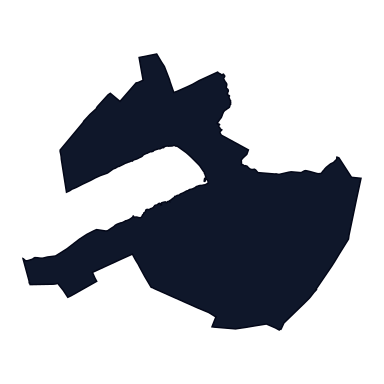 outline of Balvi, Balvu, Latvia
{"feature_id": "27541924B17148947944972", "entity_name": "Balvi", "entity_type": "district", "adm_level": 2, "iso_a3": "LVA", "parent_name": "Latvia", "parent_adm1": "Balvu", "projection": "orthographic", "projection_center": [27.257, 57.133], "detail": "fine", "context": "isolated", "style": "filled", "palette": "ink", "viewbox_px": 384, "rotation_deg": 0, "n_neighbors": 0, "source": "geoboundaries", "source_scale": "gbopen_adm2", "svg_char_len": 5936}
<svg xmlns="http://www.w3.org/2000/svg" viewBox="0 0 384 384"><path d="M23.0,258.6L29.1,281.0L29.2,282.8L29.6,282.8L30.1,284.6L53.4,284.2L55.9,283.9L57.8,283.3L58.4,284.2L63.3,290.4L67.8,297.3L71.2,295.7L96.7,281.3L95.0,278.2L92.4,272.4L122.4,258.6L132.4,254.1L134.2,257.5L135.0,259.0L135.8,260.4L138.3,264.4L139.5,266.8L144.7,276.4L151.1,287.2L151.8,287.5L152.4,287.6L153.0,287.9L154.3,288.6L198.3,308.2L208.7,312.5L215.5,316.7L216.0,316.9L215.6,317.7L214.0,321.7L212.0,326.8L214.2,327.1L235.7,328.9L236.7,328.7L246.3,327.3L255.1,325.8L266.4,324.0L275.4,327.9L279.2,330.0L279.8,329.0L280.8,329.4L281.2,328.9L283.9,323.0L304.1,303.4L309.3,298.2L310.5,296.8L313.8,292.5L316.5,289.6L316.1,289.1L331.9,265.9L335.0,261.0L339.2,254.0L348.5,239.1L349.0,235.2L356.5,199.2L361.0,178.3L351.5,177.3L338.9,157.8L336.9,157.1L336.8,157.4L336.8,158.4L336.7,159.0L336.4,159.5L336.1,159.9L334.6,161.3L333.6,162.4L333.1,162.7L330.9,163.7L330.0,164.3L326.3,167.3L324.7,169.0L324.0,169.9L323.7,170.6L323.1,170.9L322.8,171.2L321.4,173.3L319.6,173.6L318.4,173.7L317.0,173.5L310.2,171.6L307.7,171.0L305.6,170.6L304.6,170.8L303.7,171.2L301.8,172.3L301.3,172.5L300.7,172.6L291.2,171.8L288.7,172.2L279.1,174.4L278.2,174.3L276.4,173.9L275.6,173.9L274.9,174.0L257.9,172.6L255.6,169.9L254.4,169.2L252.7,169.5L250.9,169.4L249.6,168.7L248.2,167.5L247.2,166.3L246.5,166.0L245.0,165.6L244.4,165.9L243.8,165.6L243.1,164.9L242.7,164.6L242.1,164.6L241.4,164.8L241.5,163.4L241.3,159.9L243.1,157.8L246.8,154.4L248.4,149.9L221.4,135.2L220.7,134.2L220.0,132.7L220.0,132.0L220.4,131.2L221.1,130.7L221.8,129.9L221.0,129.4L220.0,128.5L219.7,127.6L218.7,126.6L218.7,126.0L218.7,125.7L218.9,125.3L219.6,124.7L219.4,124.3L218.6,123.9L217.5,124.0L217.3,123.7L217.2,123.2L217.4,122.8L217.8,122.3L218.8,120.9L219.5,119.8L221.3,117.5L222.1,115.5L222.6,114.0L223.7,111.6L225.1,110.2L226.3,109.5L227.4,108.6L228.3,108.1L229.1,107.5L229.5,107.0L230.1,104.8L230.7,104.2L230.6,103.6L230.4,103.2L230.7,102.5L230.5,102.0L230.6,100.8L230.5,100.5L230.2,100.1L229.8,99.8L229.7,99.5L229.6,99.3L229.4,98.3L229.0,97.4L228.9,97.0L228.9,96.7L229.0,96.5L229.4,96.2L229.5,96.0L229.4,95.8L229.1,95.5L228.4,95.4L228.2,95.2L227.9,94.7L227.4,94.4L227.3,94.2L227.3,93.7L227.7,93.2L227.7,92.4L227.8,92.0L228.2,91.5L228.3,91.0L228.3,90.8L228.3,90.6L228.1,90.1L228.0,89.5L227.7,89.3L227.3,88.9L226.3,88.0L226.4,86.6L226.7,85.5L226.8,84.1L225.9,82.5L225.2,81.8L223.8,79.1L223.6,78.7L223.6,78.4L224.0,77.6L224.5,76.9L224.7,76.6L224.7,76.2L224.7,75.9L224.5,75.5L224.0,75.0L223.5,74.2L223.3,74.1L223.1,74.2L222.8,74.4L222.3,75.0L222.0,75.3L221.7,75.3L221.1,74.4L220.4,74.3L220.2,73.8L219.6,73.6L219.2,73.3L218.6,73.2L218.3,72.9L218.0,72.4L217.6,72.1L201.1,79.7L199.1,80.6L192.6,84.3L191.1,85.0L187.7,86.6L176.9,91.4L173.8,92.5L170.0,81.6L169.5,79.7L164.4,66.5L161.4,61.9L156.7,54.0L139.1,57.5L141.1,68.9L143.1,80.2L141.5,81.0L138.1,82.5L136.1,82.9L120.0,101.4L110.3,93.3L108.1,94.8L98.1,105.8L97.1,107.0L96.6,107.9L96.3,108.7L90.0,114.4L83.8,121.1L83.1,122.5L60.1,150.1L60.2,150.4L60.1,151.4L60.8,154.5L61.2,157.1L61.3,159.1L66.5,192.2L69.6,190.8L72.1,189.1L74.2,188.3L76.5,187.3L82.7,184.1L90.6,180.4L95.2,177.9L100.5,175.5L107.1,173.2L108.0,172.7L113.1,169.0L114.1,168.6L115.3,168.2L115.9,167.8L116.8,167.4L117.6,166.6L118.9,166.5L124.0,164.0L124.7,163.5L125.3,163.3L126.3,162.8L126.8,162.9L127.3,162.4L129.3,161.9L130.4,161.4L130.9,160.9L132.1,161.2L132.6,160.9L133.4,160.0L136.7,159.0L137.6,158.6L139.1,157.8L141.5,156.7L142.2,156.2L142.6,155.8L142.8,155.4L143.8,154.6L146.9,153.2L147.5,153.2L148.2,152.6L149.0,152.4L149.6,151.9L149.7,151.7L150.0,151.7L150.7,151.8L151.7,151.7L153.1,151.3L153.3,150.9L154.3,150.2L158.9,148.7L159.9,148.9L161.0,148.3L161.6,148.0L161.9,148.0L162.3,147.7L162.5,147.3L162.9,147.0L163.1,147.3L163.3,147.6L163.6,147.7L163.9,147.4L163.7,146.9L166.3,146.1L167.5,146.0L168.5,146.2L169.0,146.1L171.9,146.0L172.9,145.8L173.6,145.4L174.1,145.3L174.8,145.6L175.7,146.1L176.4,146.1L177.4,146.3L179.1,147.5L181.6,149.3L186.2,152.6L188.6,154.7L191.5,157.4L197.8,163.7L199.7,165.7L203.5,171.3L204.3,172.2L204.4,173.3L204.7,173.7L205.2,174.9L205.4,175.9L206.1,177.4L205.7,177.9L205.2,178.3L204.8,178.3L204.4,179.1L204.4,180.1L204.2,180.7L204.2,181.3L204.3,181.4L204.7,181.3L205.3,180.9L205.5,179.7L206.4,179.3L207.2,179.6L207.7,180.4L208.1,181.8L208.1,183.3L207.4,183.5L205.9,184.4L204.7,184.9L204.0,184.9L201.8,185.4L200.5,185.4L199.3,185.6L198.4,185.9L198.0,186.3L197.4,186.2L196.8,186.4L195.5,187.2L195.1,187.9L194.7,188.0L194.5,187.9L193.5,188.4L192.5,188.9L191.0,189.3L189.6,189.5L189.0,189.8L188.7,190.3L188.0,190.6L187.1,190.8L186.3,191.1L184.6,192.1L183.1,192.9L180.6,193.9L180.0,194.3L179.9,194.7L179.2,194.9L178.9,195.2L177.2,195.4L175.5,196.5L175.0,196.3L174.7,196.6L174.3,197.3L174.1,197.7L173.2,198.1L172.2,198.9L170.7,200.1L169.7,200.7L169.7,201.7L169.1,201.4L168.5,201.3L167.6,201.6L166.9,202.7L166.3,202.8L166.0,202.2L165.6,201.9L164.5,202.0L162.9,202.4L161.8,202.7L161.0,203.5L161.6,205.0L161.1,205.2L160.8,205.3L160.5,204.7L160.6,204.4L160.1,203.6L159.9,203.6L159.3,203.3L158.6,203.6L157.3,204.7L156.4,205.1L155.4,205.2L154.8,205.5L154.5,206.0L153.9,206.6L153.4,207.5L151.8,208.3L151.5,208.5L150.7,208.6L149.5,209.4L148.7,209.7L147.9,209.4L147.0,209.4L146.2,209.7L145.7,210.3L145.6,211.1L145.2,212.0L143.8,213.0L143.4,214.5L142.6,214.9L141.8,216.8L141.3,217.3L140.9,217.5L140.3,217.7L139.5,217.7L138.8,217.6L137.0,217.1L136.0,217.0L135.3,217.1L134.4,217.5L133.4,216.0L133.2,216.0L132.7,217.1L131.3,218.2L129.2,219.6L128.4,219.9L126.7,220.6L125.5,220.8L124.3,221.6L123.6,221.9L123.1,222.2L121.8,222.7L120.6,222.9L117.1,224.2L115.7,225.0L115.2,225.3L113.9,226.6L111.2,228.3L108.0,230.5L107.3,230.8L105.9,231.0L96.5,229.6L93.4,231.0L86.9,234.3L79.5,239.1L66.8,248.9L55.5,256.0L47.4,257.0L43.0,258.1L42.0,258.2L40.0,258.1L37.2,257.7L34.8,257.6L33.5,258.3L32.6,259.1L27.9,260.6L26.3,260.8L25.4,260.6L23.3,258.7L23.0,258.6Z" fill="#0f172a" stroke="#020617" stroke-width="1.5"/></svg>